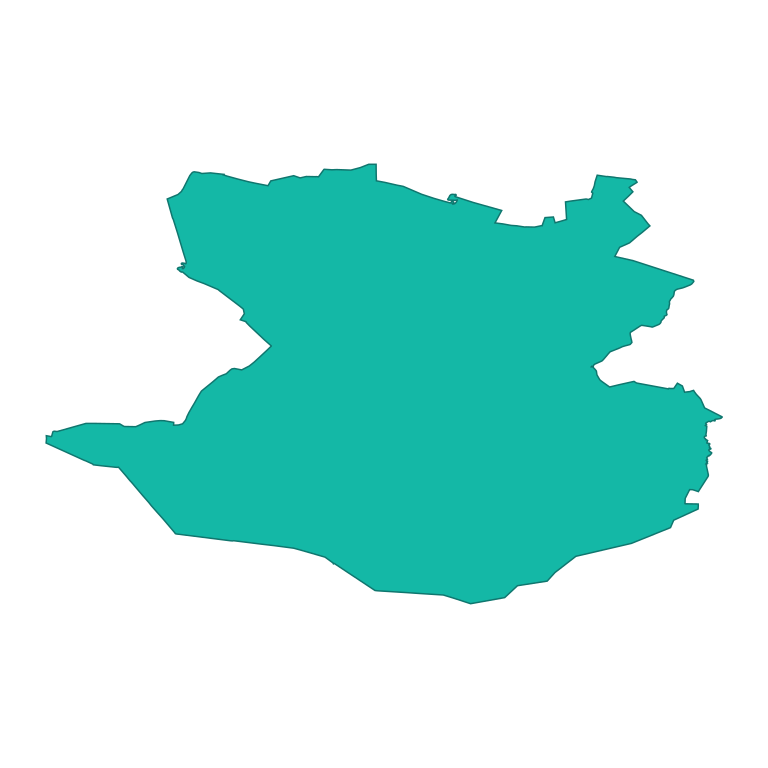 Vilces pag., Jelgava, Latvia (Robinson projection)
{"feature_id": "27541924B72553882676759", "entity_name": "Vilces pag.", "entity_type": "district", "adm_level": 2, "iso_a3": "LVA", "parent_name": "Latvia", "parent_adm1": "Jelgava", "projection": "robinson", "projection_center": [23.537, 56.394], "detail": "fine", "context": "isolated", "style": "filled", "palette": "teal", "viewbox_px": 768, "rotation_deg": 0, "n_neighbors": 0, "source": "geoboundaries", "source_scale": "gbopen_adm2", "svg_char_len": 6029}
<svg xmlns="http://www.w3.org/2000/svg" viewBox="0 0 768 768"><path d="M191.8,173.0L189.8,175.6L183.1,188.9L182.4,189.7L181.5,191.4L178.0,194.5L167.2,199.0L172.5,217.9L173.3,219.5L177.5,232.9L183.4,252.7L185.9,260.7L186.2,262.1L186.0,263.6L185.7,263.8L184.6,263.3L182.6,263.0L181.9,263.1L181.6,263.3L181.4,263.5L181.3,263.9L181.6,264.3L181.9,264.5L182.9,264.6L183.4,264.8L183.8,265.5L183.8,265.9L184.1,266.2L184.6,266.5L184.3,267.5L183.3,268.6L182.4,268.6L182.4,268.3L182.7,266.7L182.0,266.5L181.3,267.0L180.9,267.1L179.0,267.4L178.1,267.8L177.8,268.0L177.4,268.7L177.6,269.3L178.9,270.0L179.7,271.0L181.3,272.1L181.8,271.9L182.7,272.1L189.0,277.4L196.9,280.9L204.2,283.6L218.2,289.6L219.0,290.3L219.3,290.6L239.4,305.9L243.1,308.9L243.4,309.4L244.3,313.8L240.3,319.8L246.0,321.7L246.2,322.4L249.8,326.1L264.9,340.3L271.3,345.9L271.3,346.1L266.5,350.7L254.3,362.0L249.3,366.0L241.7,369.9L234.4,368.5L231.9,368.9L230.2,370.1L226.2,373.8L222.3,375.3L218.4,377.0L212.7,381.9L201.4,391.1L198.8,395.3L194.5,403.0L191.8,407.5L188.9,412.6L186.9,416.7L186.3,418.6L185.4,420.4L182.6,423.8L178.4,425.0L173.6,425.2L173.7,422.7L173.7,422.4L164.1,420.7L160.3,420.6L155.2,421.0L144.9,422.5L139.9,424.9L136.0,426.6L135.6,426.7L124.4,426.5L123.8,426.3L119.6,423.8L93.5,423.4L86.0,423.4L57.6,431.4L56.9,431.5L54.3,431.2L53.5,431.4L53.0,431.7L52.8,432.1L51.6,436.4L51.2,436.6L46.3,435.7L46.3,435.8L46.5,438.6L46.1,443.0L84.6,460.5L84.9,460.5L92.2,463.8L92.8,464.1L93.3,464.8L101.7,465.8L116.1,467.3L117.6,467.3L118.5,467.2L125.6,475.4L129.9,480.6L131.5,482.3L143.0,495.9L148.7,502.4L151.3,505.7L157.2,512.4L162.6,518.4L174.3,532.2L175.4,533.7L176.6,534.0L230.8,540.8L232.7,540.9L233.6,540.7L261.0,544.1L273.9,545.6L293.7,548.2L300.3,550.0L324.9,557.1L325.4,557.4L332.4,562.5L333.0,563.0L333.4,563.8L333.9,563.4L334.6,563.7L375.0,590.5L377.7,590.8L406.6,592.6L419.6,593.5L443.3,595.0L453.1,598.0L470.6,603.7L504.7,597.6L517.5,585.7L547.2,581.1L555.0,572.5L575.9,556.3L631.4,543.4L670.5,527.6L673.7,520.2L698.1,509.0L698.3,505.4L698.2,504.0L685.2,503.8L685.0,503.6L685.2,498.4L689.2,490.5L689.5,490.1L689.6,489.6L692.7,489.7L698.4,491.6L698.7,491.0L708.1,476.4L708.4,475.1L706.4,465.7L706.7,464.5L705.9,464.0L706.4,463.6L707.5,463.1L707.1,462.4L706.7,462.1L707.4,461.5L707.6,461.2L707.0,460.8L706.5,460.8L706.2,460.5L706.3,460.0L706.5,459.8L707.4,459.4L706.7,457.7L706.8,457.4L707.5,456.9L707.6,456.4L707.9,456.2L709.0,455.9L708.9,455.5L709.1,455.3L710.3,455.0L711.0,453.9L711.4,453.7L711.7,452.9L711.6,452.6L710.2,451.8L709.5,451.0L709.0,450.6L708.8,450.2L708.9,449.7L709.2,449.4L709.6,449.2L710.6,449.1L710.9,448.8L710.7,448.3L710.4,448.1L710.0,447.8L709.5,447.7L709.4,447.4L709.4,447.2L709.7,446.8L709.4,446.0L709.0,445.5L709.1,445.1L709.0,444.5L709.8,444.0L709.6,443.6L709.1,443.4L708.5,443.3L707.8,443.3L707.0,443.1L706.9,442.5L707.3,441.8L707.2,441.2L707.6,440.6L707.0,440.2L706.8,439.9L706.5,439.8L705.9,439.8L705.7,439.7L705.7,439.1L704.9,438.4L704.4,437.8L704.3,437.5L704.5,436.5L705.2,436.1L706.1,436.0L706.2,435.5L705.9,434.7L706.4,431.5L706.8,426.2L705.4,425.6L706.5,424.4L705.9,423.8L705.7,423.4L706.2,422.8L708.6,421.3L709.5,421.4L710.4,421.8L712.1,420.8L713.3,420.5L714.4,420.9L715.1,420.7L715.1,420.3L714.8,419.8L714.8,419.6L716.2,419.1L717.7,419.0L720.3,418.5L721.2,418.1L721.9,417.4L721.4,417.1L721.8,416.7L704.6,407.9L701.0,399.7L700.2,398.5L696.3,394.3L694.5,391.9L693.6,390.4L690.8,391.2L690.5,391.5L684.6,392.2L682.4,386.0L677.4,383.2L673.9,388.3L673.4,388.5L672.6,388.5L670.6,388.5L668.9,388.3L668.4,388.9L636.5,383.0L634.0,381.4L619.2,384.7L609.6,387.0L602.3,381.8L600.5,380.4L599.6,379.5L597.7,376.2L596.9,374.7L596.4,371.1L595.3,369.6L593.3,367.5L593.2,366.9L591.3,366.8L591.6,366.3L593.3,366.3L593.7,365.2L594.1,364.6L595.1,364.0L601.2,361.3L602.3,360.7L603.8,359.1L608.1,354.0L610.1,351.8L620.0,347.8L622.3,346.7L624.9,345.9L629.4,344.7L630.2,344.4L631.9,342.5L631.6,340.7L631.1,338.9L630.4,335.5L630.1,333.6L630.4,332.4L640.2,326.0L641.6,325.3L645.7,325.9L651.2,326.8L652.1,327.1L653.2,326.8L659.0,324.4L660.1,323.5L660.9,322.4L661.1,321.1L661.9,320.1L664.2,317.8L664.3,316.2L666.0,315.5L666.9,314.8L667.0,314.5L666.6,313.5L666.4,311.7L666.8,310.0L668.3,308.9L668.8,308.1L669.3,304.8L669.6,304.0L669.4,301.7L669.6,301.0L670.0,300.6L670.8,299.0L672.2,297.6L673.4,296.1L673.9,294.6L674.3,291.7L674.7,291.0L675.2,290.4L675.9,289.9L677.2,289.2L682.6,287.9L685.1,287.0L690.3,284.9L691.8,283.9L693.8,281.5L693.5,280.5L693.4,280.2L633.3,260.7L614.8,256.5L619.6,247.3L629.5,242.9L637.3,236.2L642.2,232.4L649.9,225.9L648.0,223.8L641.4,215.3L634.2,211.6L623.3,201.1L628.9,195.8L632.9,191.8L629.2,187.4L629.4,187.2L631.3,185.9L637.1,182.3L637.1,182.2L635.4,179.8L632.3,179.4L630.7,179.0L616.6,177.7L613.8,177.2L607.2,176.5L606.6,176.6L597.2,175.2L595.1,181.7L594.3,185.8L593.3,188.6L591.7,191.6L591.6,192.1L592.8,193.1L591.5,198.1L588.5,199.5L586.1,199.0L570.5,201.1L565.5,201.9L566.6,219.5L560.8,221.2L555.1,222.8L553.4,217.0L545.0,217.6L542.1,225.7L541.8,225.6L534.6,227.1L525.7,226.9L525.2,227.1L516.8,225.8L511.1,225.4L502.9,223.9L495.0,222.9L501.7,210.5L473.0,202.4L456.0,196.9L455.5,196.8L455.5,196.5L455.1,196.5L454.9,196.3L455.0,195.9L456.1,195.4L456.0,194.6L455.7,194.4L454.6,194.5L452.4,194.3L451.2,194.5L450.3,195.1L449.7,195.8L448.7,197.9L447.9,198.9L447.7,199.4L447.9,199.8L448.8,200.1L455.4,200.3L457.2,200.0L457.2,200.5L456.2,202.3L455.0,203.5L453.9,203.9L452.8,204.1L452.6,203.9L452.7,203.6L453.3,203.2L453.8,202.3L453.4,201.8L452.3,201.5L451.5,201.7L451.1,202.2L451.1,203.0L449.8,202.8L444.1,201.3L434.1,198.4L421.7,194.3L403.3,186.4L400.4,185.8L397.6,185.3L384.9,182.4L376.4,180.8L376.2,173.9L376.1,164.3L368.7,164.3L360.3,167.6L350.9,170.1L336.7,169.6L331.9,169.8L324.3,169.3L324.0,169.4L323.6,169.9L318.5,176.8L316.2,176.6L315.6,176.7L306.3,176.5L300.1,177.9L293.7,175.7L270.8,180.9L268.0,185.7L255.7,183.3L248.6,181.8L237.6,179.0L226.7,176.0L223.7,175.0L224.0,174.8L224.1,174.4L210.5,172.9L201.8,173.5L199.0,172.5L194.2,171.8L193.0,172.1L191.8,173.0Z" fill="#14b8a6" stroke="#0f766e" stroke-width="1.5"/></svg>